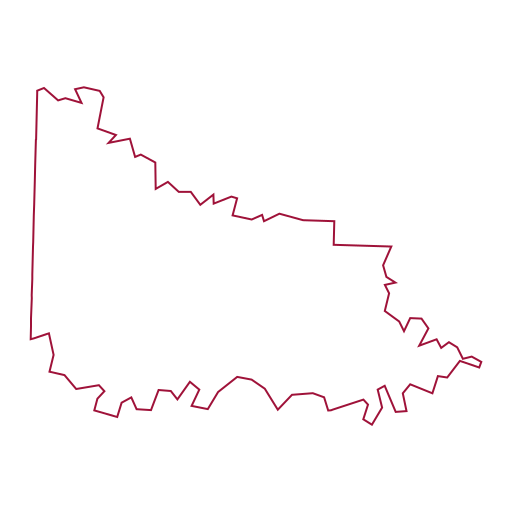 outline of Little River, Arkansas, United States of America
{"feature_id": "52423323B59609067329323", "entity_name": "Little River", "entity_type": "district", "adm_level": 2, "iso_a3": "USA", "parent_name": "United States of America", "parent_adm1": "Arkansas", "projection": "orthographic", "projection_center": [-94.204, 33.739], "detail": "fine", "context": "isolated", "style": "outline", "palette": "rose", "viewbox_px": 512, "rotation_deg": 0, "n_neighbors": 0, "source": "geoboundaries", "source_scale": "gbopen_adm2", "svg_char_len": 1569}
<svg xmlns="http://www.w3.org/2000/svg" viewBox="0 0 512 512"><path d="M332.8,409.6L363.4,399.6L368.0,404.6L363.3,419.3L371.9,424.7L382.1,407.6L377.7,389.6L384.7,385.8L395.7,411.9L406.5,411.1L402.8,393.3L410.2,384.3L432.4,393.3L437.9,376.1L447.2,377.5L459.9,360.9L479.2,367.5L481.3,361.9L471.7,356.6L462.9,358.8L457.2,347.3L448.9,342.2L441.2,347.9L436.6,339.3L419.2,345.7L428.4,328.4L421.5,318.6L410.2,318.1L404.0,331.2L399.2,321.5L384.8,311.0L389.1,293.3L384.9,284.9L395.4,282.6L386.4,276.9L383.1,265.3L391.3,246.5L390.2,246.5L333.7,244.8L334.3,221.2L303.1,220.2L279.4,213.7L264.0,221.2L262.1,214.9L251.7,219.5L232.6,215.4L237.1,198.3L231.4,196.6L213.7,203.6L213.4,194.6L200.3,204.8L190.8,191.9L178.8,191.9L167.9,181.9L155.7,188.9L155.3,162.5L140.8,154.6L135.1,156.9L129.9,138.7L108.6,142.9L115.9,135.0L97.5,128.4L103.6,97.3L99.7,90.9L83.9,87.3L75.1,89.2L81.5,102.9L65.4,98.2L58.1,100.4L44.0,88.0L37.2,90.7L37.2,93.3L36.1,139.5L35.9,139.7L35.2,164.2L34.8,181.5L34.2,203.9L34.2,204.1L34.0,209.8L33.8,215.3L33.2,242.1L33.1,244.3L33.0,246.6L33.0,246.8L32.3,274.5L32.3,279.0L31.7,295.1L31.8,298.2L31.0,318.3L31.0,326.5L30.7,339.2L33.8,338.4L48.9,333.3L53.6,354.9L49.5,371.7L64.5,375.1L76.2,389.0L98.9,385.2L104.4,391.2L97.4,398.7L94.3,410.4L117.2,417.0L121.6,402.7L131.3,397.4L136.6,409.2L151.0,410.1L158.6,390.0L170.8,391.0L177.4,399.4L189.9,381.8L199.3,389.6L191.6,405.9L207.8,409.1L218.1,392.0L237.2,376.9L251.6,379.6L264.8,388.7L277.8,409.7L292.0,394.8L312.8,393.2L324.1,397.3L328.2,410.5L331.0,410.3L332.8,409.6Z" fill="none" stroke="#9f1239" stroke-width="2"/></svg>